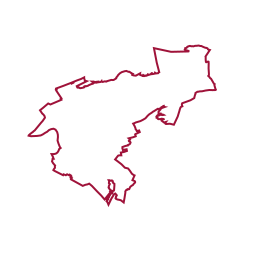 Podari, Dolj, Romania, rotated 166°
{"feature_id": "2599482B53332966976241", "entity_name": "Podari", "entity_type": "district", "adm_level": 2, "iso_a3": "ROU", "parent_name": "Romania", "parent_adm1": "Dolj", "projection": "natural_earth1", "projection_center": [23.733, 44.25], "detail": "fine", "context": "isolated", "style": "outline", "palette": "rose", "viewbox_px": 256, "rotation_deg": 166, "n_neighbors": 0, "source": "geoboundaries", "source_scale": "gbopen_adm2", "svg_char_len": 5780}
<svg xmlns="http://www.w3.org/2000/svg" viewBox="0 0 256 256"><g transform="rotate(166 128 128)"><path d="M83.5,199.2L84.3,184.5L84.2,174.6L84.9,174.5L85.5,173.9L88.0,174.2L88.2,174.4L88.2,174.9L88.4,175.1L88.8,174.3L90.3,174.3L91.9,174.5L91.5,175.4L91.7,175.5L93.5,174.6L95.6,174.5L95.6,175.2L95.7,175.3L96.7,174.4L97.2,174.3L97.6,174.3L97.6,174.6L97.8,174.6L99.1,174.5L99.2,174.8L99.5,174.8L99.9,174.5L100.2,174.6L99.8,174.9L99.8,175.0L100.5,175.8L101.3,175.2L103.3,176.5L103.2,176.8L103.2,177.6L103.0,178.1L107.3,177.0L107.7,176.9L108.4,177.1L110.1,177.8L111.1,178.5L110.9,179.0L110.3,179.4L111.4,180.2L111.4,180.5L112.1,181.1L113.0,182.2L113.7,182.3L115.1,183.2L115.6,183.7L117.4,183.9L120.6,183.7L122.7,183.0L125.0,181.6L125.5,181.0L127.0,179.9L127.3,179.6L127.3,179.2L127.5,179.0L130.3,178.1L131.1,178.2L132.6,178.7L137.3,178.5L137.5,178.3L137.9,178.3L138.5,178.5L138.9,178.8L139.5,178.9L141.4,178.8L142.3,179.3L142.3,179.9L143.0,179.4L143.5,179.3L147.0,179.7L147.3,179.6L148.2,179.7L148.3,179.8L147.2,180.4L148.0,180.5L148.5,180.4L149.1,180.7L149.4,180.6L149.8,181.1L150.0,180.9L150.9,181.5L151.6,181.7L151.3,181.3L150.7,180.3L150.8,180.2L150.3,179.9L151.6,179.4L152.1,179.6L155.9,179.0L156.9,178.6L157.4,178.7L158.5,178.6L159.3,179.0L160.4,178.9L160.5,178.8L160.4,178.3L160.5,178.1L161.8,178.0L163.9,178.1L164.8,178.2L165.2,178.5L165.4,178.8L165.6,178.9L165.6,179.2L165.2,179.3L166.6,179.2L166.8,179.6L167.3,179.6L167.5,180.2L167.6,181.0L156.7,183.4L158.4,184.4L158.5,186.9L158.3,187.7L161.9,186.9L166.0,186.5L170.1,185.9L169.7,185.4L170.0,185.1L171.1,185.0L172.0,184.7L172.2,185.1L172.5,185.1L172.0,185.3L172.1,185.6L180.8,184.5L188.3,183.7L188.8,182.6L188.7,182.4L188.0,182.4L188.5,181.5L185.4,172.8L186.1,172.5L185.8,172.1L185.7,171.5L197.6,169.6L199.5,171.1L205.8,168.0L209.1,166.5L207.8,163.0L207.5,162.4L206.9,161.7L206.1,159.8L206.1,158.1L209.2,155.4L211.0,154.2L219.1,148.2L220.4,147.7L221.1,147.2L221.5,147.1L224.1,146.0L226.1,144.9L226.3,144.6L224.1,143.5L218.2,142.3L214.5,141.9L212.2,142.4L209.4,143.4L207.4,143.9L205.1,145.1L202.8,145.5L200.4,145.3L198.7,143.9L197.7,141.1L197.7,138.4L198.2,136.1L199.4,132.8L199.2,129.7L198.7,126.0L198.2,124.9L200.1,124.1L200.4,123.4L201.3,122.3L202.4,121.3L204.1,120.6L205.9,120.6L208.5,121.2L207.7,117.7L207.8,117.0L207.6,116.2L208.6,116.4L209.0,115.4L209.8,114.0L209.2,112.0L207.8,109.2L208.2,108.7L208.5,107.1L209.9,106.0L210.6,105.2L209.7,104.2L202.4,97.9L201.7,98.6L199.7,97.2L198.3,97.8L196.6,96.4L195.9,96.8L195.6,96.3L195.1,96.1L194.7,95.2L195.5,94.5L195.0,94.1L195.4,93.7L194.8,93.2L195.1,93.0L194.8,92.8L195.7,91.9L185.9,82.8L183.2,83.2L180.9,83.1L179.1,83.4L177.0,80.5L173.4,74.1L170.3,68.9L168.0,64.3L160.1,70.3L160.6,70.8L159.7,71.4L160.0,71.8L159.8,71.9L160.8,73.4L161.2,74.6L161.2,74.8L160.9,74.8L160.8,75.9L160.5,76.5L159.2,78.0L159.8,78.8L159.9,79.1L159.2,80.9L159.2,81.4L159.4,82.0L158.8,81.9L157.9,81.1L157.5,81.2L156.3,81.0L156.1,80.0L155.7,80.0L155.7,78.5L155.6,78.1L154.7,77.2L155.0,75.8L156.6,71.0L157.0,70.6L157.8,70.7L159.2,68.5L159.9,69.0L163.5,65.6L163.4,65.5L163.5,65.4L163.4,65.3L164.5,64.3L164.5,64.1L165.8,65.0L166.3,64.3L165.8,63.6L166.0,63.5L166.0,63.3L165.7,62.6L166.5,62.1L166.0,61.2L165.8,60.2L165.5,58.3L161.2,63.5L157.4,67.2L156.2,67.5L155.2,65.6L155.2,65.3L156.0,64.8L156.2,64.6L156.1,64.1L157.0,63.0L157.1,62.8L156.9,62.3L155.6,61.2L153.6,60.3L152.4,59.6L150.2,56.8L148.5,60.5L146.2,65.9L146.0,67.0L145.9,67.2L144.6,68.3L143.5,68.2L143.2,68.8L141.6,68.4L140.1,70.3L138.5,71.1L137.2,71.4L135.7,72.6L134.3,73.4L134.1,74.4L134.5,75.0L136.3,76.3L133.1,80.4L133.9,81.0L135.3,82.7L136.4,85.8L137.7,88.7L140.6,90.2L143.1,94.4L146.5,98.7L148.1,100.6L144.5,103.4L144.1,103.6L143.3,103.6L141.1,103.1L140.9,105.9L138.0,105.7L134.6,106.0L134.5,107.7L137.6,107.9L138.3,107.7L138.3,109.1L138.4,109.6L138.0,110.9L134.9,111.2L132.4,111.1L132.3,111.5L130.5,111.8L129.7,112.3L129.0,113.4L129.3,114.3L130.0,114.6L130.2,114.8L130.3,115.3L128.8,116.4L129.8,117.8L125.5,117.8L122.5,118.1L122.6,120.1L122.1,120.3L117.6,121.2L117.8,122.9L119.9,122.8L119.9,122.7L120.2,122.9L120.3,123.8L120.9,125.0L120.8,125.9L121.1,128.1L121.9,131.0L120.8,131.1L119.1,131.5L114.3,131.7L111.3,132.4L108.7,133.2L106.0,135.1L104.0,136.2L101.3,137.1L99.5,137.9L98.9,138.0L94.6,139.4L94.3,139.1L92.2,139.2L91.0,139.6L90.6,140.1L89.2,140.3L88.5,140.8L87.9,140.8L88.0,140.1L87.9,139.8L87.3,139.5L90.4,139.2L92.2,138.3L92.3,137.9L94.3,136.6L94.7,135.5L94.9,134.6L94.4,134.7L94.0,134.3L93.6,134.1L92.7,134.1L92.6,133.7L92.8,133.5L90.3,132.2L90.2,132.1L91.4,132.2L93.0,132.9L94.5,133.0L94.9,132.7L96.3,133.2L97.7,132.2L97.8,131.1L96.8,131.0L97.0,130.1L96.6,129.4L96.3,129.2L94.0,128.8L93.2,128.9L91.9,128.4L91.2,128.0L91.2,127.9L92.5,127.9L93.6,127.5L93.7,127.1L91.7,124.6L89.7,124.7L90.8,123.8L90.8,123.4L90.2,122.7L86.3,122.0L82.7,120.1L77.0,127.1L73.7,132.6L73.5,133.1L72.1,135.2L71.2,135.8L70.0,135.9L70.1,137.6L69.8,138.4L69.4,138.9L60.7,139.8L56.5,141.0L55.7,142.6L55.4,143.1L54.9,144.0L54.5,144.4L54.1,145.6L51.9,146.4L51.1,146.2L49.7,146.2L47.2,145.7L43.6,145.6L39.9,145.2L36.8,144.3L34.0,143.7L33.5,143.9L33.7,145.0L33.8,148.2L33.7,149.1L33.4,149.5L33.6,149.6L34.0,150.5L35.5,155.7L36.1,156.4L36.4,156.9L36.5,157.4L37.1,158.5L37.5,158.9L37.5,159.1L36.9,159.3L36.4,160.8L35.4,166.3L34.1,171.1L33.8,172.8L34.0,173.0L34.4,173.1L36.2,172.9L36.4,173.2L36.4,173.5L36.1,175.5L35.5,177.9L35.5,178.6L29.7,183.9L31.1,184.7L31.4,185.1L31.6,186.0L32.0,186.4L32.8,186.9L33.5,187.1L35.3,188.4L37.0,189.8L38.1,190.1L39.4,190.9L41.7,191.2L43.1,191.5L44.8,191.4L45.8,191.8L46.8,192.0L47.9,192.6L48.2,192.7L49.2,192.7L49.6,192.5L50.3,192.6L50.9,192.4L51.5,191.8L51.9,191.6L53.1,191.6L53.1,191.3L53.9,190.5L53.6,189.9L51.0,188.4L50.6,188.0L50.8,187.7L51.5,187.8L67.8,191.5L83.5,199.2Z" fill="none" stroke="#9f1239" stroke-width="2"/></g></svg>